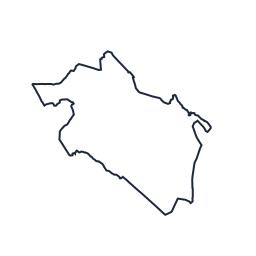 the district of Pureņu pag., Ludzas, Latvia, rotated 226°
{"feature_id": "27541924B20679895578049", "entity_name": "Pureņu pag.", "entity_type": "district", "adm_level": 2, "iso_a3": "LVA", "parent_name": "Latvia", "parent_adm1": "Ludzas", "projection": "natural_earth1", "projection_center": [27.639, 56.462], "detail": "fine", "context": "isolated", "style": "outline", "palette": "slate", "viewbox_px": 256, "rotation_deg": 226, "n_neighbors": 0, "source": "geoboundaries", "source_scale": "gbopen_adm2", "svg_char_len": 5367}
<svg xmlns="http://www.w3.org/2000/svg" viewBox="0 0 256 256"><g transform="rotate(226 128 128)"><path d="M118.1,184.8L118.9,184.8L119.5,184.4L119.4,184.0L119.3,183.7L119.5,183.3L120.0,183.0L120.1,182.8L120.0,182.6L119.6,182.4L119.2,182.1L118.9,181.7L118.5,181.5L118.3,181.2L118.0,180.8L117.7,180.4L117.8,179.9L118.1,179.4L118.4,178.8L118.4,178.4L118.2,178.3L118.0,178.2L117.8,176.4L116.7,175.6L116.9,175.1L117.5,173.9L117.6,173.5L121.7,171.6L123.3,171.5L124.2,171.5L125.5,171.6L126.0,171.7L126.5,171.7L126.8,171.7L127.2,171.6L128.1,171.3L128.2,171.1L129.0,170.6L129.2,170.4L129.7,170.1L132.6,168.3L134.3,167.2L138.3,165.1L141.5,163.3L145.7,161.0L146.6,160.8L147.3,161.0L149.1,161.1L151.2,161.3L152.9,162.4L155.1,163.5L156.1,164.1L156.7,164.3L161.0,166.6L160.5,167.5L161.4,167.8L164.5,168.0L166.8,168.1L167.1,167.8L167.5,167.1L167.8,166.9L168.4,167.4L178.7,167.5L181.1,167.5L183.7,167.5L185.3,167.6L186.1,167.6L186.3,167.6L189.7,167.6L191.2,167.8L193.6,168.5L197.3,166.6L197.3,165.8L197.5,165.0L197.6,164.9L197.8,162.6L197.8,162.0L195.6,160.2L196.1,159.5L196.3,158.9L196.6,158.1L196.7,157.9L196.0,157.3L196.0,157.2L196.7,155.7L194.6,153.8L193.5,153.0L191.5,151.3L188.9,149.2L188.7,149.0L190.1,147.2L193.4,145.5L195.5,144.4L204.8,139.1L208.1,137.1L208.5,133.7L208.4,133.0L207.4,131.8L206.8,128.5L209.0,126.8L208.7,124.7L208.4,124.2L208.4,123.7L208.6,122.4L208.3,121.9L208.0,120.8L207.9,120.0L207.5,117.8L207.7,116.7L207.4,112.5L207.3,111.0L208.1,108.8L209.7,107.1L211.1,104.4L212.7,103.6L214.8,101.5L217.9,98.1L219.2,97.0L220.6,95.4L222.9,92.9L223.8,92.0L225.3,90.7L225.7,90.2L225.7,89.6L219.6,88.1L216.5,87.2L212.2,86.1L211.7,85.9L208.4,84.8L207.2,84.3L205.9,84.3L202.2,83.4L201.9,85.3L201.8,85.6L199.9,89.0L199.5,89.6L199.2,90.0L198.4,90.8L197.7,91.1L196.7,91.0L195.7,90.5L195.2,90.5L194.9,90.7L194.4,91.3L194.2,91.6L194.1,91.8L194.0,92.0L194.0,92.3L194.4,93.1L194.4,93.3L194.3,93.6L194.1,94.7L193.7,96.4L193.7,96.6L194.5,97.3L194.9,97.8L195.1,98.3L195.0,98.7L194.4,100.1L193.4,101.3L192.1,102.8L190.9,104.1L190.5,104.3L189.9,104.5L188.0,104.8L187.4,105.1L185.8,105.3L185.6,105.4L185.5,105.6L185.3,105.7L184.9,106.2L183.8,106.0L183.2,105.8L183.2,105.6L183.7,103.7L183.1,102.3L181.9,101.7L180.8,101.4L179.1,100.7L178.2,100.2L176.7,99.3L175.3,98.3L175.2,98.3L175.2,97.5L175.0,96.8L174.9,96.0L174.5,94.2L174.2,93.8L174.1,91.7L172.8,87.2L172.8,86.6L172.8,86.3L173.3,85.2L173.8,82.7L173.4,82.1L173.5,81.2L173.5,80.2L172.9,76.6L172.7,76.4L172.1,75.7L170.2,73.8L167.4,70.7L161.3,69.5L157.0,68.6L149.5,67.0L149.3,67.1L148.2,67.4L147.8,68.0L146.9,69.1L147.2,69.6L147.5,69.7L147.7,69.9L148.0,70.1L148.0,70.4L148.0,70.6L147.8,70.8L147.6,71.4L147.5,71.6L147.3,71.8L146.5,72.1L146.4,72.1L146.6,72.3L146.8,72.4L147.0,72.7L147.0,73.0L146.9,73.3L146.9,73.8L147.1,74.3L147.4,75.0L147.4,75.3L147.1,75.5L146.7,75.7L145.9,75.7L145.2,75.7L144.8,75.9L144.5,75.9L144.4,76.1L144.1,76.2L143.9,76.5L143.6,77.8L143.5,78.0L142.9,78.3L142.7,78.5L142.3,79.0L142.0,79.2L141.4,79.3L140.9,79.5L140.5,79.8L140.1,80.1L140.0,80.4L139.0,80.8L137.9,81.3L137.1,81.4L136.4,81.5L135.1,81.4L134.6,81.4L133.6,81.3L133.4,81.4L133.0,81.7L132.6,81.8L132.0,81.8L130.1,81.6L128.8,82.0L127.7,82.1L126.9,82.1L126.6,82.1L125.6,82.6L125.3,82.9L124.3,83.8L123.7,83.8L123.5,84.0L123.3,84.0L122.1,84.2L121.5,84.3L120.9,84.5L120.2,84.6L119.8,84.6L119.2,84.5L117.9,84.3L117.4,84.1L117.2,84.0L117.1,83.9L112.4,83.0L110.2,84.5L106.3,85.0L105.6,85.3L104.2,85.6L104.0,85.8L102.4,87.2L102.2,87.3L98.9,87.8L98.5,87.7L97.9,87.5L97.7,87.3L97.3,87.3L97.0,87.7L96.9,87.8L96.8,88.0L96.7,88.1L96.8,88.3L96.6,88.7L96.5,89.5L96.5,90.3L96.4,90.3L91.2,90.9L88.2,91.0L83.7,91.4L81.4,91.5L75.3,92.0L71.9,92.4L70.5,92.5L67.4,92.7L63.3,93.0L62.4,93.0L51.9,93.8L49.5,93.9L46.1,94.1L43.6,94.2L39.7,94.5L38.5,97.7L37.8,99.9L37.5,100.8L37.5,101.3L38.6,104.2L38.7,104.3L38.9,105.0L39.3,106.0L39.6,106.8L40.3,108.6L41.8,112.6L42.4,114.0L42.6,114.8L41.3,115.8L36.4,119.5L32.5,121.0L32.4,121.1L30.5,120.9L30.3,123.3L30.5,123.7L32.8,125.6L33.2,126.5L37.4,130.5L39.5,132.6L39.8,132.5L40.3,132.9L43.4,135.7L44.3,136.6L45.6,137.7L46.3,138.4L48.8,141.3L50.9,144.1L53.8,147.8L55.6,150.2L56.7,151.7L58.3,156.0L59.0,157.4L62.2,163.6L62.5,164.0L64.0,167.4L64.6,169.0L68.3,169.7L73.2,170.8L75.5,171.7L78.8,173.2L81.8,174.6L84.2,175.6L85.1,177.8L85.6,178.9L85.2,181.0L84.9,183.1L80.8,183.0L77.5,183.0L75.7,182.9L72.3,182.1L71.8,181.8L69.9,182.5L70.2,185.3L70.4,187.2L70.6,187.6L71.3,188.3L75.9,188.9L77.2,189.0L79.9,188.2L80.1,188.0L80.1,187.9L80.5,187.9L80.9,187.7L81.4,187.8L81.8,187.7L82.2,187.4L82.5,187.4L82.9,187.3L83.5,187.0L85.7,187.0L87.2,186.9L87.9,187.1L88.4,187.0L88.9,186.6L89.6,186.1L90.1,185.7L90.3,185.6L90.6,185.6L90.8,185.5L91.1,185.5L91.3,185.6L91.9,185.7L92.0,185.8L92.6,186.1L92.9,185.8L93.2,185.6L93.8,184.8L93.9,184.6L94.3,184.4L95.0,184.3L95.4,184.1L95.6,184.0L95.7,183.8L95.6,183.4L95.3,183.0L95.0,182.6L94.6,182.4L94.1,182.2L94.0,181.8L94.0,181.5L94.4,180.9L94.6,180.7L94.8,180.6L95.0,180.6L95.3,180.7L95.6,181.2L95.8,181.6L95.9,181.9L96.2,182.1L96.5,182.2L98.2,182.4L98.7,182.5L99.1,182.6L99.8,182.9L100.0,182.9L100.3,182.8L100.4,182.7L100.6,182.5L101.7,182.1L102.2,182.1L103.0,182.1L103.4,182.0L104.4,181.5L104.6,181.5L104.8,181.5L105.0,181.6L105.2,181.9L105.2,182.0L106.0,182.1L106.5,182.4L107.3,182.5L108.1,182.4L109.5,182.5L110.4,182.7L111.7,182.7L112.6,182.6L118.1,184.8Z" fill="none" stroke="#1e293b" stroke-width="2"/></g></svg>